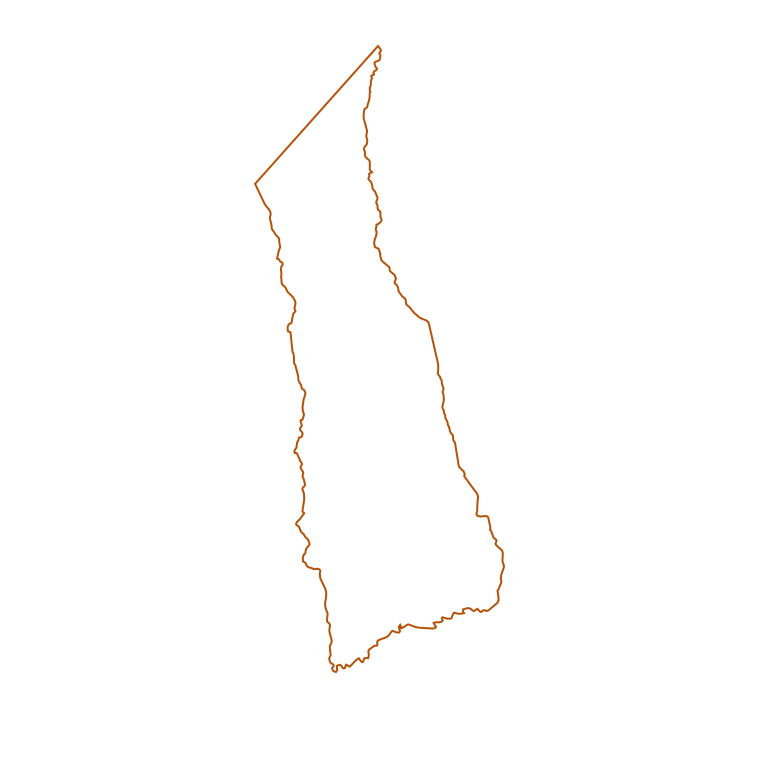 Formosa, Robinson projection, rotated 42°
{"feature_id": "ARG-1307", "entity_name": "Formosa", "entity_type": "Province", "adm_level": 1, "iso_a3": "ARG", "parent_name": "Argentina", "parent_adm1": "", "projection": "robinson", "projection_center": [-59.89, -24.679], "detail": "fine", "context": "isolated", "style": "outline", "palette": "amber", "viewbox_px": 768, "rotation_deg": 42, "n_neighbors": 0, "source": "natural_earth", "source_scale": "10m", "svg_char_len": 6165}
<svg xmlns="http://www.w3.org/2000/svg" viewBox="0 0 768 768"><g transform="rotate(42 384 384)"><path d="M153.4,136.9L156.8,137.4L158.6,138.2L158.9,138.8L159.0,140.6L159.2,141.4L160.9,141.7L163.1,144.3L163.9,146.3L163.3,148.2L162.0,150.2L162.0,151.6L163.3,152.8L165.7,154.0L167.8,154.4L168.3,155.6L167.6,158.0L167.6,159.5L169.5,160.7L168.3,163.4L168.7,164.0L170.0,164.4L170.6,165.3L171.7,167.8L174.3,170.9L175.3,173.6L176.0,174.0L176.1,174.4L176.9,175.2L177.9,175.9L178.3,175.9L178.7,177.3L181.7,180.9L183.1,183.1L184.9,187.3L186.0,189.0L186.2,190.0L185.7,192.6L186.0,193.7L187.4,195.8L190.8,199.9L201.6,206.9L202.4,207.7L204.6,211.2L205.7,212.3L207.9,213.6L208.9,214.6L210.6,217.0L210.9,218.3L210.9,220.4L211.4,222.3L212.5,223.3L213.9,223.9L215.2,224.9L216.7,226.8L217.6,227.3L218.9,227.7L223.4,227.7L224.8,228.4L229.7,233.9L230.6,234.4L233.4,234.6L232.5,236.9L232.4,238.0L234.0,239.1L234.9,241.7L235.8,242.3L237.9,242.4L239.6,242.8L241.2,243.5L244.8,246.4L246.1,246.8L248.4,246.9L254.6,249.9L255.4,251.3L256.0,253.1L257.0,254.6L259.8,255.7L261.7,257.7L262.6,258.4L265.9,258.4L269.8,262.4L271.5,263.0L272.7,264.0L273.1,266.2L272.7,268.8L271.8,270.6L272.7,271.7L274.4,274.6L276.9,276.1L278.5,278.3L279.7,280.6L279.8,282.1L280.4,282.7L281.8,285.2L282.7,286.2L285.8,288.3L289.4,287.1L293.0,289.0L296.2,291.8L299.0,293.6L301.0,293.9L309.5,293.7L310.4,294.0L312.3,295.8L313.3,296.1L318.8,295.9L321.6,297.3L322.4,297.5L322.5,298.2L324.1,301.7L324.7,301.9L328.1,302.1L329.9,303.0L333.0,305.4L339.0,306.7L342.4,306.5L343.3,306.7L344.3,307.4L346.2,309.2L347.3,309.8L348.2,310.0L351.2,309.8L358.8,311.0L366.0,310.8L368.3,310.2L372.8,308.5L374.8,308.3L376.5,308.8L411.2,333.2L414.9,337.3L416.6,339.7L417.3,340.4L418.3,340.8L420.7,341.1L422.3,342.2L424.1,342.5L427.0,345.2L431.3,347.6L431.8,348.1L432.8,350.8L435.1,351.9L438.8,355.4L439.7,356.5L441.7,360.5L443.3,362.6L446.4,363.8L447.7,365.4L450.1,366.0L452.2,368.1L456.2,369.6L459.0,371.7L461.2,372.5L464.8,375.0L466.7,375.8L469.1,375.9L470.1,376.5L472.9,379.3L476.0,380.1L494.4,394.9L496.4,395.5L501.3,395.6L502.7,396.1L504.2,397.0L504.8,397.5L505.0,398.4L505.5,398.9L526.7,403.3L528.9,404.5L530.1,405.7L532.4,409.1L538.5,416.4L539.4,418.4L539.9,419.0L541.2,419.4L542.2,419.2L544.6,417.7L547.3,414.7L548.9,413.4L550.7,413.4L559.4,419.7L560.3,421.4L561.5,421.3L568.2,424.9L571.3,424.7L572.2,424.9L572.8,425.8L573.8,428.2L575.1,428.7L582.8,428.7L584.7,429.5L586.0,430.8L590.2,436.0L591.7,437.2L594.7,438.7L595.8,440.2L598.9,447.5L600.8,450.3L603.7,452.4L606.6,460.3L606.6,461.6L612.6,466.6L613.8,468.1L614.5,469.6L614.6,471.4L613.3,481.1L612.8,483.1L611.6,484.4L610.3,484.7L609.3,485.5L608.8,488.1L608.2,488.8L606.7,488.9L603.9,488.5L602.8,492.4L601.9,493.0L598.8,493.1L596.8,494.0L595.6,495.3L593.6,498.5L594.2,499.4L594.9,500.1L596.8,500.8L594.2,504.0L592.3,505.5L590.6,506.1L589.1,507.1L589.4,509.2L590.9,513.0L589.8,514.6L587.9,516.1L585.8,517.2L583.8,518.0L583.5,518.8L583.8,519.6L586.0,520.5L586.1,521.6L584.9,523.8L581.6,526.7L580.8,528.4L585.3,529.8L585.2,531.2L584.0,533.0L572.9,541.8L569.7,543.7L563.4,546.1L562.4,547.2L561.5,551.0L560.6,553.3L559.8,554.5L558.9,553.0L557.2,552.2L557.4,554.2L558.5,555.3L561.4,557.2L561.5,558.7L559.8,560.0L557.6,561.0L556.1,561.4L555.3,562.2L555.3,564.0L555.8,567.6L555.5,569.4L555.0,571.0L551.8,577.0L551.1,578.8L551.5,580.2L553.8,582.5L553.5,583.6L552.1,584.7L550.7,591.0L551.1,592.9L551.6,593.5L553.7,595.1L555.7,598.2L553.1,600.5L553.1,601.8L554.1,603.7L554.3,604.7L553.8,605.4L552.7,605.5L549.7,604.9L549.2,604.5L548.9,604.6L548.4,605.9L548.0,608.0L547.7,616.8L547.3,617.3L545.4,617.5L543.8,617.9L544.0,619.1L545.1,621.3L543.7,622.7L540.4,621.9L538.8,622.4L537.6,624.9L538.8,626.4L540.5,627.8L541.1,629.8L539.9,630.9L537.7,631.1L535.6,630.0L535.3,629.6L535.2,628.9L535.4,627.4L534.8,626.6L533.4,626.4L531.8,626.9L530.6,626.9L527.6,625.3L526.7,624.3L525.8,621.2L520.2,616.3L519.1,614.9L518.1,611.7L516.9,609.7L508.9,604.4L507.0,602.0L505.3,599.4L503.7,598.6L501.1,598.7L500.4,598.3L499.6,597.6L495.6,592.2L491.1,590.0L488.8,588.3L486.3,585.5L484.4,582.4L482.1,579.3L480.2,577.3L477.4,575.5L466.6,571.0L463.1,567.8L461.7,565.4L461.1,565.1L460.1,565.0L458.9,565.4L458.0,566.0L455.9,568.4L453.3,569.3L450.4,570.7L448.5,570.8L445.3,569.5L444.6,569.5L443.0,570.0L442.5,570.0L440.7,568.3L439.1,565.8L438.6,564.5L438.6,563.6L438.8,563.2L438.8,562.5L437.2,560.0L436.4,558.2L436.2,555.0L436.3,553.7L436.1,553.2L435.5,552.5L432.3,550.8L431.1,550.4L427.7,550.3L424.6,549.3L421.5,549.5L416.4,547.0L415.3,546.9L413.8,547.4L412.7,547.1L412.2,546.7L411.6,545.0L411.9,540.5L411.2,533.4L409.5,533.4L408.9,533.3L408.3,532.8L401.9,523.1L398.0,519.1L393.9,516.9L393.4,516.4L393.1,515.3L393.2,512.6L392.5,511.5L388.6,508.8L385.4,507.2L384.8,506.6L383.9,504.7L382.9,503.6L378.3,502.2L377.4,501.2L376.9,499.1L376.6,498.4L376.1,498.0L375.1,497.6L372.8,497.2L370.8,495.9L367.8,494.9L366.1,493.8L365.1,493.9L363.9,494.9L362.7,494.4L361.8,492.4L361.5,489.8L358.6,485.7L358.0,483.0L356.9,480.9L356.8,480.3L357.8,479.3L358.1,478.2L357.6,477.0L357.0,476.0L356.9,475.4L355.2,474.7L352.6,474.4L352.1,474.1L351.6,473.6L351.2,472.6L350.9,470.3L350.6,469.7L346.7,467.4L346.4,466.6L346.5,466.1L347.2,465.4L347.2,464.8L345.2,460.6L344.2,459.7L341.9,458.5L338.9,455.7L335.3,450.3L334.4,448.9L333.1,445.8L331.8,443.4L329.4,442.2L328.5,442.0L326.2,442.4L322.8,440.2L318.4,438.8L317.8,438.4L315.0,435.6L305.7,429.5L302.9,428.4L299.1,424.3L296.5,422.1L294.7,421.4L293.7,420.6L280.3,408.5L279.3,408.1L277.7,409.1L276.2,408.2L274.3,406.2L273.6,404.6L273.4,403.3L273.5,402.5L274.4,400.6L270.1,393.5L269.6,392.3L269.5,389.2L269.2,388.8L267.7,388.4L267.0,387.9L264.4,383.5L263.4,382.5L262.0,381.7L258.4,380.4L251.1,380.1L249.2,379.5L245.9,378.1L242.8,378.3L240.8,377.8L235.6,372.9L234.3,371.0L230.4,367.4L229.2,365.6L228.8,363.2L228.2,362.4L227.7,362.1L226.8,361.9L225.1,362.4L224.4,362.3L222.2,361.6L220.9,362.4L220.4,362.1L216.2,354.4L215.5,352.2L215.0,351.5L211.9,349.2L208.7,346.2L207.3,345.8L203.6,345.6L199.9,344.4L198.0,344.2L196.5,343.5L193.0,340.3L188.7,337.6L187.4,336.0L186.9,334.8L186.1,333.6L184.5,332.2L182.3,331.4L175.2,330.2L154.3,321.5L153.4,136.9Z" fill="none" stroke="#b45309" stroke-width="2"/></g></svg>